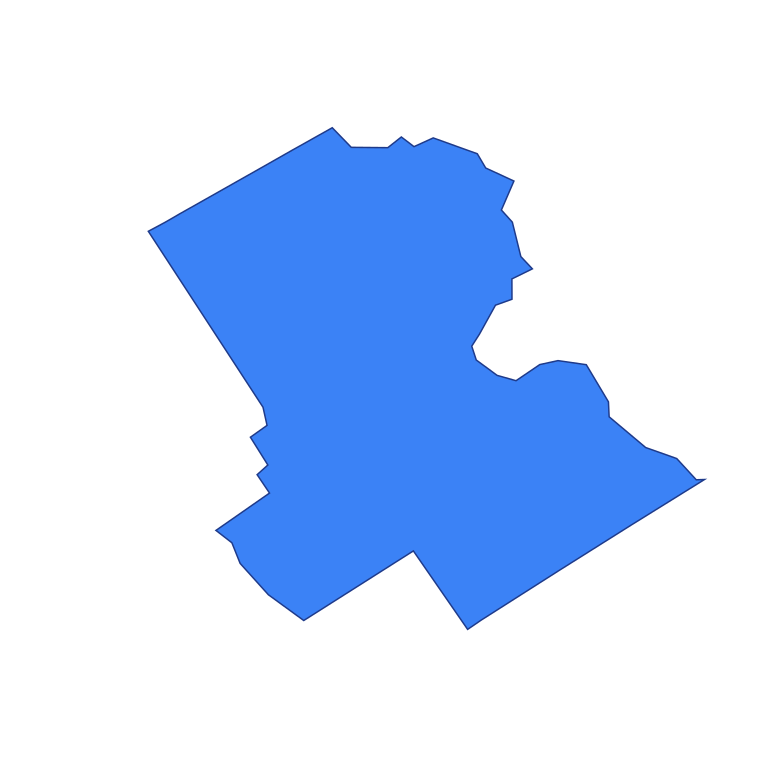 the district of Lowndes, Georgia, United States of America, rotated 146°
{"feature_id": "52423323B90608613064350", "entity_name": "Lowndes", "entity_type": "district", "adm_level": 2, "iso_a3": "USA", "parent_name": "United States of America", "parent_adm1": "Georgia", "projection": "equal_earth", "projection_center": [-83.3, 30.828], "detail": "fine", "context": "isolated", "style": "filled", "palette": "blue", "viewbox_px": 768, "rotation_deg": 146, "n_neighbors": 0, "source": "geoboundaries", "source_scale": "gbopen_adm2", "svg_char_len": 867}
<svg xmlns="http://www.w3.org/2000/svg" viewBox="0 0 768 768"><g transform="rotate(146 384 384)"><path d="M435.4,133.9L343.2,131.5L257.2,128.8L171.7,125.6L178.7,130.0L183.0,158.5L202.6,185.0L215.7,230.9L207.9,243.7L205.5,286.9L226.7,306.1L244.0,313.0L272.7,312.9L285.4,327.9L294.1,352.3L290.1,366.3L277.1,371.9L247.5,387.0L230.5,382.7L219.2,399.6L196.6,396.5L199.3,413.1L187.1,446.4L189.4,462.6L162.8,479.6L178.9,506.2L177.9,522.7L205.6,560.5L226.4,564.0L231.5,579.1L248.7,577.8L278.8,598.5L283.6,625.4L299.4,626.7L327.4,629.0L329.4,629.2L329.7,629.2L364.8,631.9L445.6,638.3L457.9,639.3L468.5,640.0L475.3,640.5L494.0,642.4L497.3,432.4L504.1,415.1L524.5,414.6L525.6,381.8L539.9,379.8L539.9,357.6L605.2,356.6L598.9,337.4L603.6,315.7L597.7,273.9L582.8,232.8L453.0,229.2L452.0,144.9L451.9,133.8L435.4,133.9Z" fill="#3b82f6" stroke="#1e3a8a" stroke-width="1.5"/></g></svg>